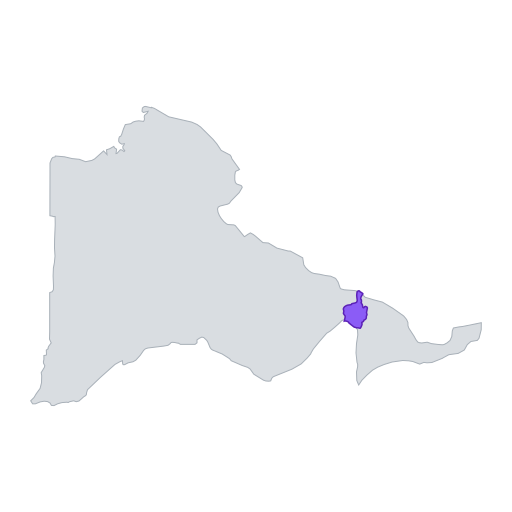 Mayo-Louti, Nord, Cameroon shown in context, rotated 90°
{"feature_id": "32672807B2656917895115", "entity_name": "Mayo-Louti", "entity_type": "district", "adm_level": 2, "iso_a3": "CMR", "parent_name": "Cameroon", "parent_adm1": "Nord", "projection": "mercator", "projection_center": [13.772, 9.925], "detail": "fine", "context": "in_parent", "style": "filled", "palette": "violet", "viewbox_px": 512, "rotation_deg": 90, "n_neighbors": 0, "source": "geoboundaries", "source_scale": "gbopen_adm2", "svg_char_len": 5095}
<svg xmlns="http://www.w3.org/2000/svg" viewBox="0 0 512 512"><g transform="rotate(90 256 256)"><path d="M107.3,360.6L108.4,357.6L116.8,343.3L122.1,320.3L124.5,314.9L127.0,311.4L139.2,299.1L143.8,295.2L150.4,290.8L155.1,281.8L156.7,280.8L158.8,280.1L169.4,272.5L170.3,273.9L171.0,275.8L171.8,276.6L175.2,277.2L179.9,277.2L182.6,276.6L184.1,275.1L185.5,270.9L186.4,270.1L187.5,269.8L192.6,272.8L201.1,281.1L203.2,282.6L204.1,284.2L206.0,291.8L207.0,293.7L208.9,294.5L212.2,294.0L215.6,292.6L218.6,290.7L221.6,288.2L223.6,285.9L224.5,284.3L224.9,278.1L225.6,276.7L236.6,267.7L236.3,266.9L234.5,264.4L232.9,261.6L234.5,258.7L236.2,256.5L242.6,249.1L243.0,243.6L248.1,235.1L251.0,223.9L251.1,221.7L257.8,209.3L264.8,208.2L267.5,206.5L270.6,203.4L272.6,200.5L273.5,197.8L274.2,192.6L275.5,186.6L276.2,181.3L278.4,176.4L281.9,174.0L288.0,171.9L288.9,171.0L289.8,167.7L290.6,157.0L291.7,152.2L297.3,146.8L299.8,138.4L302.1,129.6L308.5,118.9L316.0,108.3L319.5,105.4L322.5,104.1L325.8,104.0L328.1,103.2L336.3,97.9L339.6,96.1L342.1,94.2L342.7,92.6L343.0,90.3L342.2,84.8L343.6,80.7L344.4,74.5L344.8,69.6L344.5,67.9L343.0,65.1L340.5,62.0L336.5,60.2L330.9,59.7L328.0,58.6L326.9,53.0L326.5,49.4L322.7,30.7L329.8,30.8L338.3,33.0L340.4,34.7L341.5,41.1L344.6,44.7L350.0,47.7L353.4,53.8L354.7,63.2L357.7,68.7L358.3,69.6L362.5,80.1L362.8,85.0L362.4,88.2L364.1,92.3L361.5,99.2L360.8,103.4L360.5,109.3L362.0,119.8L364.5,127.9L367.2,134.4L370.2,139.5L375.0,145.0L380.2,150.1L385.0,153.3L380.5,155.2L371.9,155.5L366.9,154.4L364.5,154.3L362.2,155.0L352.9,156.0L343.6,155.5L335.0,154.2L329.7,154.5L325.7,157.6L322.4,162.2L319.3,165.9L320.4,170.0L322.7,172.2L327.2,177.2L331.2,182.0L333.2,185.3L341.2,192.3L348.9,198.6L352.6,200.8L353.9,201.3L358.1,204.9L363.9,210.8L369.2,220.1L376.7,238.7L378.3,240.3L380.9,241.3L381.2,243.2L381.0,246.1L380.2,248.5L374.2,258.2L369.0,261.9L367.4,264.2L365.5,269.8L360.7,280.8L358.7,282.4L354.0,289.8L350.1,299.3L349.2,300.7L347.6,301.9L342.1,304.2L340.3,305.3L337.5,308.3L337.1,310.2L338.4,312.9L339.9,315.0L342.8,315.0L344.4,317.0L344.4,331.5L343.1,333.7L343.1,334.7L342.5,337.2L342.3,340.0L342.7,341.1L343.8,342.0L345.3,344.0L346.1,348.4L348.0,364.1L348.8,366.6L350.4,368.4L355.2,371.7L360.2,376.2L361.8,379.1L362.8,383.8L364.7,387.5L364.7,388.8L363.9,389.3L360.7,389.6L361.8,392.3L364.4,397.0L377.3,411.5L389.7,424.5L392.6,425.4L394.8,425.7L395.7,426.5L396.8,428.3L401.0,433.0L401.7,435.8L400.8,438.3L401.7,442.4L402.5,443.8L402.2,445.1L402.6,450.1L403.8,454.4L405.6,458.0L405.4,460.6L403.0,462.0L401.6,464.4L401.2,467.8L401.9,471.8L403.8,476.6L403.8,479.4L400.8,481.3L397.5,478.0L393.8,475.8L388.4,471.9L382.8,470.5L375.7,470.3L372.6,470.8L367.3,467.6L365.6,467.2L363.2,468.5L361.6,468.6L359.6,468.1L355.5,468.1L355.2,465.9L354.5,465.5L350.1,465.7L348.7,463.8L348.1,464.0L346.4,463.4L342.9,460.8L339.2,462.5L331.5,462.3L292.6,462.3L291.7,459.8L289.7,458.6L286.2,458.5L275.9,458.9L268.0,458.6L262.7,457.6L256.1,457.0L248.0,457.5L239.6,457.4L224.7,456.8L216.5,456.9L216.7,458.4L216.2,459.5L215.7,462.1L163.0,462.0L158.7,460.3L157.4,459.1L156.9,456.9L156.0,456.7L156.8,447.5L158.6,439.8L159.3,432.7L161.7,426.4L160.4,420.1L158.9,417.3L150.9,408.4L154.6,405.0L149.8,405.5L148.7,402.2L146.4,398.2L147.8,397.5L149.2,395.4L153.6,396.0L153.4,395.0L149.7,391.6L150.0,389.9L151.6,388.0L150.8,387.2L148.1,389.2L146.2,389.1L144.7,387.9L143.6,387.7L144.2,390.2L142.7,392.5L141.3,393.3L138.8,393.2L136.8,392.6L136.3,391.3L134.4,390.3L129.1,388.6L124.6,386.7L123.7,381.2L122.0,378.9L121.2,376.2L120.8,373.2L121.4,368.5L120.3,367.8L119.0,367.5L117.1,367.8L115.3,367.5L113.2,364.9L111.3,363.9L112.5,368.7L111.2,370.0L108.0,369.6L106.6,367.8L106.4,366.5L107.8,360.7L107.3,360.6Z" fill="#d9dde1" stroke="#a8b0b8" stroke-width="1"/><path d="M317.3,145.7L316.0,145.6L314.8,145.0L312.5,145.5L308.0,144.6L307.1,145.0L306.4,146.5L306.7,147.4L307.7,148.2L307.7,148.7L307.4,149.1L306.2,149.4L304.9,149.6L303.8,150.2L303.0,150.8L302.7,150.9L302.4,150.6L301.0,150.5L299.7,150.7L299.0,151.2L298.3,151.3L297.1,151.0L295.5,150.2L293.9,149.1L293.5,149.3L293.2,149.6L292.6,150.5L292.3,150.9L292.0,151.7L291.0,152.5L290.8,153.0L290.8,153.3L290.9,153.7L291.2,154.2L291.4,154.3L291.7,154.5L291.9,154.7L291.9,154.9L293.2,155.1L295.4,155.3L297.6,155.1L300.0,154.8L300.7,154.8L302.1,155.3L302.6,156.0L303.1,157.4L303.3,158.5L303.6,159.9L303.9,160.4L304.4,160.6L304.7,161.0L305.1,164.2L305.6,165.7L306.7,167.4L307.7,168.2L309.0,168.7L309.8,168.5L311.0,168.2L312.4,168.4L313.2,168.6L314.0,168.3L315.0,167.6L315.6,167.1L315.8,167.0L316.9,166.8L321.1,167.7L321.0,167.4L321.0,166.7L321.1,166.0L321.2,165.3L321.7,164.1L322.2,163.5L322.9,163.0L323.2,162.9L323.3,162.8L323.5,162.3L324.3,161.5L324.4,161.3L324.8,160.8L325.1,160.4L326.3,158.9L326.6,158.4L326.8,158.3L327.2,157.6L327.3,157.1L327.5,156.2L327.6,155.9L327.7,155.6L327.8,155.1L327.8,153.8L328.2,152.4L328.2,151.7L327.9,151.5L326.9,150.9L325.2,150.2L324.0,149.9L323.1,150.2L322.4,150.2L322.0,149.4L321.6,148.9L321.4,148.6L320.9,148.3L320.6,148.2L320.2,148.1L319.4,146.6L318.8,146.1L318.1,145.7L317.3,145.7Z" fill="#8b5cf6" stroke="#5b21b6" stroke-width="1.5"/></g></svg>